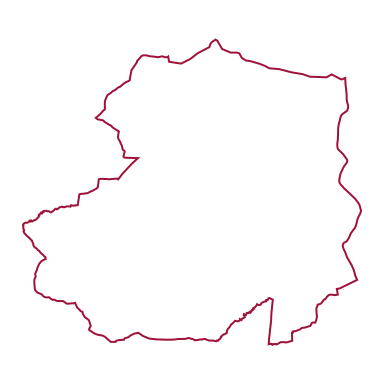 Apata, Brasov, Romania (Equal Earth projection)
{"feature_id": "2599482B72383256366849", "entity_name": "Apata", "entity_type": "district", "adm_level": 2, "iso_a3": "ROU", "parent_name": "Romania", "parent_adm1": "Brasov", "projection": "equal_earth", "projection_center": [25.479, 45.953], "detail": "fine", "context": "isolated", "style": "outline", "palette": "rose", "viewbox_px": 384, "rotation_deg": 0, "n_neighbors": 0, "source": "geoboundaries", "source_scale": "gbopen_adm2", "svg_char_len": 5877}
<svg xmlns="http://www.w3.org/2000/svg" viewBox="0 0 384 384"><path d="M357.1,279.9L355.1,275.2L354.5,272.5L353.6,269.6L351.7,265.3L346.9,257.0L345.4,252.7L343.7,249.2L342.8,246.5L342.7,245.7L343.3,243.5L344.0,242.8L346.0,241.7L346.8,241.1L347.6,240.0L349.0,237.7L350.7,233.6L353.3,229.9L354.7,228.2L355.6,226.4L356.3,224.3L357.6,218.8L358.6,216.6L359.6,214.8L360.5,212.8L361.0,210.7L359.9,206.3L359.2,204.3L355.6,199.2L347.7,191.6L344.2,188.5L342.3,186.2L340.7,184.6L339.7,182.9L339.2,181.4L339.4,179.0L340.5,173.7L342.2,170.1L342.7,168.8L344.2,166.1L346.3,163.3L347.1,161.9L347.3,160.7L347.0,159.6L343.1,154.1L338.7,149.9L337.7,148.5L337.3,145.9L337.3,143.6L337.9,138.9L338.2,128.0L338.9,123.3L339.6,121.4L340.3,118.1L340.9,116.4L341.5,115.0L342.7,113.9L347.0,110.8L347.8,108.8L348.2,106.8L347.9,104.7L347.3,102.9L346.7,99.7L346.6,94.1L345.5,83.8L345.2,78.0L341.6,79.5L339.8,78.7L331.6,74.4L326.5,77.3L309.9,76.7L302.8,74.2L291.4,72.3L279.2,69.1L269.3,68.3L265.2,66.0L259.0,63.6L249.9,61.0L245.8,60.5L241.9,57.9L239.3,53.4L237.1,52.6L230.7,52.6L222.1,49.0L217.4,40.8L215.5,39.6L211.7,42.2L210.3,44.3L209.4,47.1L197.9,53.1L190.1,59.1L181.1,63.6L169.2,61.8L168.6,59.1L168.2,56.5L167.6,57.0L165.4,57.3L162.0,56.3L159.8,56.9L157.8,57.2L154.0,56.6L149.3,56.2L146.3,55.3L142.8,55.4L141.7,55.9L137.1,61.0L136.8,62.4L131.5,70.2L130.1,77.3L129.7,80.3L128.4,81.1L125.6,82.3L123.6,83.7L120.2,86.7L117.8,87.7L115.3,89.9L113.8,90.6L112.3,91.5L110.5,93.2L108.4,94.4L107.3,95.4L105.5,99.5L104.9,101.5L104.8,105.3L104.9,109.3L103.0,110.9L100.1,114.2L97.9,116.2L95.8,117.8L97.5,119.3L102.8,120.3L103.7,120.8L104.2,121.6L109.4,124.9L110.6,125.3L111.7,126.3L112.4,127.3L118.9,131.5L118.6,132.4L118.1,135.9L118.0,137.2L118.6,139.3L120.0,141.5L120.6,142.9L120.6,143.5L121.8,145.4L122.6,149.3L123.4,150.2L124.3,150.7L124.7,151.3L123.8,155.2L123.5,155.9L123.5,156.6L124.0,157.3L124.9,157.7L138.0,158.1L131.9,163.7L122.9,173.3L118.1,179.4L117.2,178.6L108.4,179.3L107.1,179.0L104.3,179.0L102.4,178.8L100.4,178.9L98.8,179.2L98.2,184.6L97.6,187.6L96.4,188.6L92.5,190.8L90.1,191.7L87.6,193.2L85.0,193.4L83.9,193.7L80.9,193.9L79.4,194.3L77.7,205.2L75.3,205.3L75.1,205.6L74.0,205.5L73.2,205.7L72.2,205.5L71.9,205.6L71.0,205.2L70.5,206.6L67.0,206.3L64.5,207.2L63.5,207.2L62.0,206.7L61.5,206.7L60.9,207.1L59.5,207.3L59.1,207.6L58.6,208.3L58.0,208.6L57.5,209.2L56.9,209.3L56.2,208.8L55.4,208.8L54.6,209.6L54.0,210.1L53.7,210.6L53.2,210.8L52.8,211.3L52.4,211.4L51.1,212.3L50.3,212.2L48.5,211.1L47.6,211.3L46.6,210.9L44.5,210.9L43.9,211.2L43.8,211.5L43.5,211.2L42.5,211.8L42.5,212.3L41.9,212.4L42.2,212.9L42.2,213.1L41.6,213.0L41.6,213.5L41.4,213.5L40.8,213.1L40.6,213.4L40.3,213.5L40.0,214.1L39.6,214.3L39.6,214.6L38.8,214.9L38.9,215.3L39.2,215.6L39.2,215.8L38.7,216.3L38.7,216.9L37.8,217.5L37.6,218.1L37.2,218.3L36.7,219.0L36.0,219.4L35.4,220.0L34.2,220.2L32.6,221.3L31.8,221.3L31.4,221.0L31.4,220.7L31.0,220.4L30.8,220.6L30.9,221.5L30.6,221.6L30.1,221.2L30.0,220.9L29.6,220.7L29.2,221.2L29.1,221.6L28.2,222.3L26.9,222.8L25.6,222.6L24.5,223.0L23.1,224.4L23.1,224.6L23.4,224.9L23.0,225.9L23.4,226.3L23.3,227.6L23.3,228.4L24.1,230.1L24.0,230.4L23.5,231.2L23.5,231.6L24.0,232.1L24.2,232.9L26.8,235.8L29.0,237.6L30.8,239.6L31.8,240.4L32.1,240.9L32.5,242.4L32.9,243.0L33.1,243.5L33.4,244.0L33.3,245.2L34.5,247.1L36.8,248.7L38.0,250.1L39.3,250.9L39.5,251.4L41.1,253.3L43.1,254.9L44.3,256.4L44.9,256.6L45.5,257.2L45.6,257.7L45.4,258.4L45.7,259.0L42.9,260.3L41.5,261.1L39.3,263.7L38.5,265.3L37.2,268.4L36.9,270.0L35.3,273.4L35.2,274.4L35.6,275.7L35.6,276.9L34.5,279.2L34.3,279.9L34.4,283.7L34.8,288.7L35.2,290.1L37.0,292.3L42.1,294.6L42.6,295.6L44.5,297.0L46.8,297.5L48.9,297.2L50.5,298.6L52.7,299.9L53.8,299.5L57.2,301.0L63.2,301.1L66.7,303.7L69.1,303.6L71.9,303.3L73.3,303.4L75.0,302.8L77.4,307.9L79.2,309.4L80.7,311.2L82.5,311.9L82.8,313.7L84.8,317.2L86.8,318.5L88.9,320.2L90.7,325.6L90.7,325.9L89.2,328.7L89.2,330.0L94.3,333.4L96.5,334.3L98.5,334.9L102.8,335.6L105.2,337.0L110.7,341.9L115.6,341.9L116.0,341.1L117.2,340.4L121.0,339.9L123.8,339.9L124.6,338.4L128.6,337.1L130.2,335.6L134.4,333.6L138.3,332.8L143.0,336.0L149.3,338.6L156.6,339.4L167.0,339.7L173.9,339.6L176.4,339.3L177.8,339.0L185.3,338.9L188.4,338.0L189.4,338.1L191.1,338.8L192.3,338.8L193.9,339.7L194.6,340.2L195.1,340.3L195.6,340.1L197.2,340.1L200.4,339.4L201.5,339.6L202.8,339.2L205.0,338.9L206.0,339.3L206.6,339.7L208.3,340.3L209.8,340.6L213.2,340.5L214.3,340.9L216.2,341.3L216.7,341.0L217.1,340.4L218.1,340.7L219.5,339.1L220.1,338.8L220.6,337.8L221.2,337.1L221.1,336.5L222.0,335.9L222.7,335.0L224.2,334.2L224.8,334.2L225.4,333.9L226.9,332.7L226.8,331.1L228.0,328.8L229.2,327.5L230.5,325.6L231.0,324.6L233.2,322.9L235.0,320.8L237.2,321.3L238.6,321.1L239.7,320.6L239.9,319.1L241.5,320.0L242.1,318.6L243.9,317.9L244.8,317.1L244.5,315.9L243.7,315.3L243.9,314.2L245.9,315.0L246.6,313.7L246.7,313.0L246.9,312.8L248.3,313.1L249.3,312.2L250.4,312.8L250.6,312.3L250.5,311.3L250.8,311.2L251.2,311.5L251.5,311.4L251.9,310.1L252.8,310.0L253.1,308.4L254.1,308.5L253.9,307.8L255.2,307.1L256.5,305.4L257.1,304.2L257.9,305.0L260.5,304.8L261.7,302.8L264.2,301.7L266.2,301.3L266.0,300.2L267.9,299.8L268.5,298.3L269.5,298.0L272.8,299.7L271.5,312.3L271.2,316.9L271.2,319.7L269.0,339.5L268.7,344.0L269.2,343.7L269.9,343.7L270.0,344.0L270.7,343.9L271.6,344.3L271.4,343.9L273.0,344.2L275.8,343.9L276.1,344.4L277.1,344.3L280.4,342.3L282.0,342.1L283.9,342.1L285.8,342.5L288.0,342.0L292.2,340.8L292.0,332.8L292.8,332.7L292.8,331.4L295.6,331.1L297.5,330.4L300.3,329.2L302.0,327.9L304.3,327.7L310.3,325.9L310.8,325.1L311.1,324.2L311.7,323.2L312.3,322.8L313.1,322.5L315.3,322.6L316.3,319.8L317.0,316.5L316.5,312.9L316.4,308.2L317.3,306.2L317.6,304.7L320.0,304.0L321.1,303.4L323.1,300.9L323.7,299.8L325.1,299.3L326.0,298.3L327.0,296.6L329.1,294.9L330.8,294.6L335.4,295.1L337.8,294.6L336.8,288.9L339.5,288.5L357.1,279.9Z" fill="none" stroke="#9f1239" stroke-width="2"/></svg>